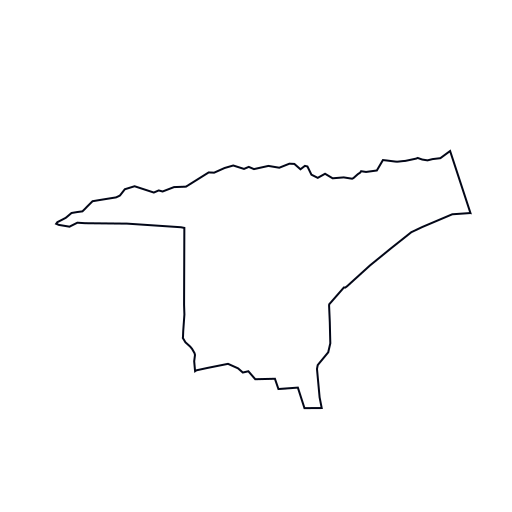 the district of Reifi Aroma, Kassala, Sudan, rotated 101°
{"feature_id": "16777658B59678801632413", "entity_name": "Reifi Aroma", "entity_type": "district", "adm_level": 2, "iso_a3": "SDN", "parent_name": "Sudan", "parent_adm1": "Kassala", "projection": "robinson", "projection_center": [35.864, 15.736], "detail": "fine", "context": "isolated", "style": "outline", "palette": "ink", "viewbox_px": 512, "rotation_deg": 101, "n_neighbors": 0, "source": "geoboundaries", "source_scale": "gbopen_adm2", "svg_char_len": 1728}
<svg xmlns="http://www.w3.org/2000/svg" viewBox="0 0 512 512"><g transform="rotate(101 256 256)"><path d="M115.9,85.5L124.8,93.7L127.2,101.2L129.4,105.9L129.6,111.2L128.9,116.0L129.8,117.3L133.5,126.0L134.2,127.7L134.8,129.9L136.4,135.0L136.7,136.9L137.3,145.9L137.6,149.7L149.0,153.7L152.5,164.0L152.7,169.0L154.2,169.6L156.3,171.7L160.9,175.2L161.8,176.4L162.1,184.9L165.1,195.6L162.1,203.9L167.5,210.3L165.6,217.1L158.3,222.6L158.2,225.2L162.4,228.9L158.3,235.9L159.0,240.8L164.9,250.0L165.2,261.0L171.1,274.6L169.9,280.1L172.8,284.4L171.5,295.6L175.6,303.6L182.2,313.0L183.0,318.4L196.0,332.3L201.3,338.0L204.0,349.6L210.5,360.0L210.2,364.0L213.2,368.4L210.7,388.5L215.5,397.5L222.6,401.1L223.9,402.8L225.2,404.6L225.7,406.0L228.7,414.2L231.5,421.8L232.9,425.5L233.4,426.9L236.5,429.0L239.6,431.1L239.9,431.3L242.1,432.7L245.3,434.9L246.9,439.7L248.5,444.0L249.0,445.3L253.7,449.1L254.9,450.1L256.4,452.0L257.2,453.0L260.1,456.7L260.6,457.4L262.5,458.3L263.1,455.5L262.8,444.6L262.1,443.8L257.4,437.7L256.4,429.9L248.8,388.6L242.1,335.2L242.1,331.7L257.8,328.7L317.6,317.3L327.2,315.1L343.7,313.1L349.5,312.2L350.4,312.2L354.2,308.8L357.5,303.3L359.3,301.1L363.1,297.8L364.8,297.0L371.1,296.6L378.4,294.5L380.7,293.8L379.6,292.7L375.1,282.2L367.2,262.9L369.7,252.2L372.9,246.7L370.6,241.5L377.1,233.2L372.9,214.0L382.3,208.6L377.2,189.8L396.1,179.4L392.7,162.5L382.6,166.6L355.2,174.6L351.3,174.6L348.3,173.0L336.7,166.7L335.7,166.7L327.5,166.4L323.0,167.4L307.0,170.9L290.7,174.8L289.4,174.9L270.1,163.7L270.0,162.4L268.4,160.9L243.5,142.3L223.0,125.2L204.3,109.2L203.0,108.1L195.8,98.3L177.6,71.3L174.7,60.4L173.0,54.1L172.9,53.9L172.9,53.7L115.9,85.5L115.9,85.5Z" fill="none" stroke="#020617" stroke-width="2"/></g></svg>